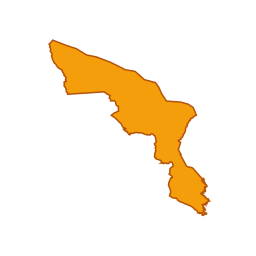 outline of Ahafo Ano South West, Ashanti, Ghana, rotated 286°
{"feature_id": "2480657B58897854519282", "entity_name": "Ahafo Ano South West", "entity_type": "district", "adm_level": 2, "iso_a3": "GHA", "parent_name": "Ghana", "parent_adm1": "Ashanti", "projection": "equal_earth", "projection_center": [-2.174, 6.894], "detail": "fine", "context": "isolated", "style": "filled", "palette": "amber", "viewbox_px": 256, "rotation_deg": 286, "n_neighbors": 0, "source": "geoboundaries", "source_scale": "gbopen_adm2", "svg_char_len": 5697}
<svg xmlns="http://www.w3.org/2000/svg" viewBox="0 0 256 256"><g transform="rotate(286 128 128)"><path d="M143.8,60.6L156.1,94.9L155.8,95.4L155.9,96.7L155.6,97.2L154.8,97.9L154.9,98.9L154.1,102.0L152.6,101.6L151.8,101.6L150.9,103.2L149.3,103.7L149.6,105.2L150.4,106.6L150.1,108.0L149.5,108.9L147.8,109.7L146.7,110.5L146.1,111.8L146.1,112.8L141.5,114.2L141.3,113.7L140.5,112.8L139.8,112.3L139.1,111.0L135.6,108.4L134.3,112.4L132.1,116.7L131.2,118.0L130.5,120.0L128.9,121.3L128.6,121.7L128.0,122.2L127.3,123.2L126.9,125.8L126.5,125.5L126.2,125.8L126.0,125.7L126.3,125.0L125.7,124.1L125.6,124.4L125.3,124.4L125.0,124.9L124.9,125.3L124.7,125.4L124.6,125.2L124.6,126.1L124.5,126.4L124.3,126.5L124.3,126.8L124.5,127.3L124.5,127.9L124.2,128.4L123.4,128.5L123.4,129.2L122.7,130.0L122.8,130.2L122.1,130.6L121.9,131.6L122.4,131.9L123.8,132.2L124.1,134.2L124.9,135.0L125.2,135.9L125.9,136.6L126.1,137.2L126.1,139.3L126.4,139.5L126.5,140.2L126.8,141.0L126.7,141.7L127.2,143.0L127.1,144.0L126.7,144.6L126.6,148.5L127.0,148.9L127.3,151.1L127.8,151.5L128.5,151.7L129.1,152.4L128.9,153.7L128.0,155.1L127.8,156.1L124.8,157.9L123.0,158.6L122.3,159.1L120.1,157.7L118.7,158.8L118.3,159.8L117.0,159.9L116.4,159.6L115.9,160.2L115.4,160.5L113.8,160.6L113.2,161.2L110.7,160.7L110.1,161.3L108.3,161.2L107.3,161.7L107.3,162.1L107.0,162.2L106.8,162.5L106.8,163.2L106.6,163.2L106.6,162.9L106.0,163.7L105.9,167.7L105.8,168.3L105.1,169.4L103.9,169.6L103.4,169.2L103.7,170.2L103.6,172.1L104.4,172.2L104.5,172.4L104.6,175.1L104.9,176.6L107.1,178.1L107.1,179.7L106.4,180.5L103.9,181.9L103.4,181.8L102.6,180.8L101.7,180.2L100.4,179.6L96.3,180.5L95.2,180.2L94.7,180.5L94.6,181.9L94.1,182.9L93.7,183.2L93.5,184.0L93.2,184.1L92.3,184.1L92.0,183.1L91.6,182.8L86.4,182.3L84.1,182.8L82.7,183.8L80.7,185.5L79.2,186.3L77.8,186.8L77.0,186.6L74.1,186.7L73.8,188.4L73.3,189.7L73.2,190.3L73.5,193.0L73.8,193.7L73.8,194.1L73.7,194.5L72.6,195.2L71.5,197.9L71.3,201.5L70.7,204.2L71.0,205.0L70.7,205.7L70.3,209.5L69.9,211.1L69.2,212.8L67.9,214.9L67.8,216.3L67.4,216.8L67.2,217.5L66.6,217.9L65.7,218.2L66.1,219.1L65.8,219.5L65.6,220.4L65.8,220.6L66.0,220.0L66.4,220.0L66.1,221.1L66.3,221.2L67.1,222.4L66.9,222.8L66.4,223.2L65.7,222.9L65.6,223.1L65.8,223.2L65.7,223.5L65.4,223.4L65.2,223.0L64.8,223.1L64.6,223.8L64.3,224.0L65.3,223.8L65.4,224.1L65.1,224.9L65.4,224.9L65.9,224.7L66.1,224.8L66.3,225.5L66.7,225.5L66.6,226.2L66.8,226.9L67.2,226.6L67.7,226.9L67.7,226.2L67.4,225.7L67.6,225.8L67.8,225.4L68.0,225.4L68.0,225.1L68.1,224.7L68.4,224.4L68.3,224.1L68.9,223.3L70.3,223.2L70.0,223.8L70.1,224.1L70.2,223.8L70.6,223.9L70.9,223.5L70.9,223.2L71.4,222.6L71.5,222.7L71.4,222.8L71.5,224.0L71.7,223.7L72.0,223.8L72.2,223.6L71.8,223.0L72.2,222.7L72.1,222.3L72.5,222.1L73.1,222.3L73.6,222.0L73.9,221.4L74.1,221.3L74.7,221.6L74.6,221.2L75.1,221.2L75.1,220.9L75.4,221.2L75.1,221.9L75.6,221.9L75.9,222.5L75.7,222.8L75.5,223.5L75.8,223.2L76.1,223.5L76.3,223.0L76.6,223.5L76.9,223.5L76.8,224.7L77.4,224.7L77.5,224.5L77.4,224.2L77.7,223.9L78.0,224.6L78.4,224.6L78.5,224.9L79.2,225.1L79.9,225.8L80.1,225.6L80.1,226.0L80.3,226.4L80.7,225.5L81.5,225.3L81.8,224.9L81.7,224.4L81.9,224.3L81.8,224.1L81.9,223.9L82.4,224.0L81.7,223.7L81.7,223.4L82.1,222.7L82.1,221.9L82.4,221.7L82.7,222.0L82.9,221.8L83.1,220.3L83.6,220.0L84.1,220.0L84.2,219.0L84.0,218.8L84.2,218.5L84.1,218.0L84.3,217.5L84.6,217.8L84.7,217.5L85.0,217.4L85.2,216.9L84.9,216.3L85.1,216.1L85.3,216.6L85.6,216.8L85.9,216.8L85.9,217.1L86.1,217.3L86.3,218.7L86.9,218.4L87.0,218.1L87.4,217.6L87.7,217.7L87.6,218.7L87.9,219.2L88.2,218.4L88.6,218.5L88.7,218.8L88.6,219.2L88.3,219.3L88.5,219.9L88.9,219.9L88.9,219.3L89.3,219.3L89.7,218.8L89.9,219.0L90.0,218.8L90.2,219.1L90.5,219.0L90.5,218.6L91.2,218.8L91.6,218.1L92.1,218.7L92.7,218.0L92.9,218.2L93.3,219.2L93.2,219.8L93.9,220.0L94.1,219.8L93.9,219.4L94.7,219.2L94.9,218.9L95.2,218.8L95.3,218.2L95.3,217.6L95.6,217.4L95.8,216.8L95.9,217.2L96.2,217.0L96.5,217.2L97.0,216.7L96.8,216.1L97.0,216.0L96.5,215.3L97.8,213.4L98.3,213.5L98.3,214.7L98.6,215.0L98.5,215.6L99.7,215.2L100.3,214.7L99.9,213.2L100.5,211.9L107.4,201.2L107.5,199.1L107.2,196.4L107.3,195.3L107.4,194.9L115.6,186.8L116.8,185.7L117.1,186.2L121.5,182.1L122.8,182.4L128.7,182.5L129.4,179.9L129.9,179.8L130.3,180.1L130.1,180.5L130.3,180.5L131.5,181.9L132.2,182.0L133.2,181.8L134.1,182.8L134.6,182.7L135.2,183.0L136.0,183.1L136.5,182.8L137.6,183.1L138.1,183.6L140.2,183.9L141.9,183.9L142.7,183.5L143.2,183.7L144.0,183.4L144.7,183.4L144.9,183.5L145.5,184.3L146.8,184.3L147.7,183.7L148.0,183.8L148.7,184.4L149.5,184.4L150.8,184.9L151.5,184.8L151.9,185.2L152.4,185.1L152.9,185.9L153.3,185.9L154.4,185.6L155.6,187.4L156.2,187.7L157.0,187.9L159.2,190.2L165.7,185.0L167.5,179.1L167.4,171.5L164.5,157.6L170.3,150.8L175.4,146.6L179.2,141.9L179.0,130.5L184.4,119.1L183.3,109.5L186.4,92.6L187.6,77.7L186.8,68.1L190.0,56.5L190.4,45.4L191.7,31.4L188.0,29.9L187.5,29.2L186.7,29.1L185.3,30.7L184.9,30.8L183.9,30.6L183.6,31.2L182.2,32.1L180.9,31.9L180.2,32.3L178.7,34.2L177.9,34.9L176.9,34.8L176.2,34.5L173.9,36.2L172.7,36.8L172.0,37.7L171.4,38.3L170.9,38.4L169.9,39.6L169.8,40.2L169.3,41.1L167.9,42.6L166.7,44.2L165.8,46.9L165.8,48.1L165.6,48.6L165.4,48.5L165.2,48.7L164.5,49.3L164.2,49.3L163.9,49.9L163.3,50.2L163.2,50.6L162.3,51.1L162.1,51.5L162.1,52.0L161.4,52.1L161.2,52.0L161.1,52.5L160.7,52.5L160.4,52.8L160.4,53.1L160.0,53.7L159.9,54.2L158.9,54.7L158.5,54.5L158.1,54.8L157.2,54.6L156.0,55.7L155.8,55.7L155.9,55.4L155.6,55.3L155.6,54.9L155.1,54.8L154.9,54.4L154.4,53.8L152.5,54.9L152.3,54.7L152.2,54.8L151.8,54.7L151.2,54.9L150.2,55.6L150.1,56.2L149.7,56.5L149.0,57.5L148.6,57.7L147.9,57.8L147.5,58.2L145.9,58.6L145.3,59.6L144.9,60.6L143.8,60.6Z" fill="#f59e0b" stroke="#b45309" stroke-width="1.5"/></g></svg>